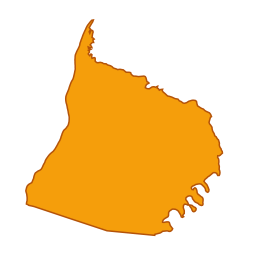 Matias Cardoso, Minas Gerais, Brazil, rotated 5°
{"feature_id": "56859067B84292172755302", "entity_name": "Matias Cardoso", "entity_type": "district", "adm_level": 2, "iso_a3": "BRA", "parent_name": "Brazil", "parent_adm1": "Minas Gerais", "projection": "mercator", "projection_center": [-43.736, -14.838], "detail": "fine", "context": "isolated", "style": "filled", "palette": "amber", "viewbox_px": 256, "rotation_deg": 5, "n_neighbors": 0, "source": "geoboundaries", "source_scale": "gbopen_adm2", "svg_char_len": 5199}
<svg xmlns="http://www.w3.org/2000/svg" viewBox="0 0 256 256"><g transform="rotate(5 128 128)"><path d="M145.0,81.4L144.2,80.7L142.8,80.1L141.5,76.4L140.7,75.3L139.4,74.9L133.9,75.9L131.5,75.7L128.9,75.8L127.5,75.0L126.4,74.0L125.8,72.6L124.3,72.4L121.3,72.6L120.1,71.8L118.3,70.5L114.8,70.2L112.6,70.7L111.2,70.2L108.2,69.5L106.8,68.3L105.1,67.5L103.6,67.2L102.0,66.9L100.8,66.0L98.1,66.0L96.7,65.3L94.6,65.0L92.4,65.6L91.0,65.5L89.5,64.3L89.2,61.2L88.2,60.8L86.1,61.7L85.6,60.1L85.7,58.1L84.7,57.5L83.6,59.3L82.7,58.5L81.9,57.7L82.9,55.8L82.8,54.7L81.8,54.0L84.0,53.0L81.7,52.1L81.3,50.7L83.1,51.3L85.1,51.2L84.4,49.8L83.0,48.5L84.2,46.8L85.1,45.9L86.3,45.8L85.3,43.4L86.6,42.4L85.5,41.5L84.3,41.0L84.5,37.3L84.9,35.4L84.3,34.1L83.0,33.7L82.2,35.2L81.7,37.0L80.9,35.5L82.1,32.9L80.6,31.4L81.4,29.8L82.3,27.8L83.6,25.3L84.1,23.4L82.5,23.8L81.3,25.3L80.2,27.0L79.3,28.4L78.7,29.3L78.3,30.3L77.8,31.4L77.4,32.6L77.0,33.8L76.5,35.0L76.1,36.2L75.7,37.4L75.3,38.5L74.8,40.2L74.4,41.8L74.1,42.9L73.7,44.1L73.4,45.5L73.1,46.6L72.8,47.8L72.7,49.1L72.5,50.5L71.9,52.1L71.4,53.5L70.8,54.9L70.2,56.4L69.7,58.1L69.2,59.6L69.1,61.1L69.2,63.0L69.2,64.8L69.4,66.1L69.5,67.3L69.7,68.9L70.0,70.6L70.1,72.2L70.3,73.4L70.3,74.8L70.1,75.9L70.0,77.2L69.8,78.9L69.6,80.2L69.4,81.6L69.1,83.2L68.7,84.5L67.9,86.1L67.3,87.6L66.8,89.3L66.3,91.2L65.9,92.8L65.7,94.0L65.4,95.1L64.9,96.7L64.3,98.5L63.8,100.2L63.4,102.0L63.4,104.3L63.7,106.4L64.2,108.3L64.9,110.0L65.5,112.0L65.9,113.6L66.4,115.0L66.9,116.7L67.3,118.4L67.7,119.7L68.1,120.8L68.5,122.3L68.7,125.4L68.7,127.1L68.5,128.2L68.3,129.7L67.8,131.2L67.1,132.2L66.5,133.3L65.8,134.3L64.8,135.2L64.0,136.4L63.5,137.6L62.9,139.4L62.6,141.0L62.2,142.1L62.0,143.5L61.6,145.0L61.2,146.2L60.8,147.2L60.2,148.3L59.7,149.5L59.2,150.8L58.6,152.1L58.0,153.4L57.2,155.1L56.4,156.4L55.8,157.4L55.1,158.2L53.9,159.3L52.7,160.6L51.9,161.6L51.0,163.0L50.1,164.5L49.2,166.1L48.5,167.7L48.2,169.1L47.8,170.2L47.2,171.4L46.7,172.7L46.3,174.0L45.7,175.5L45.0,176.8L43.8,177.8L42.7,178.4L41.6,179.1L40.6,180.1L39.7,180.8L39.2,181.9L38.8,183.3L38.5,184.8L38.3,186.6L37.8,188.0L37.4,189.4L36.9,190.8L35.3,191.9L33.9,192.9L33.2,193.8L32.6,194.7L32.1,196.5L31.9,198.0L31.7,199.2L31.9,200.3L32.4,201.5L32.9,202.8L33.3,204.7L33.6,206.2L33.7,207.4L33.8,209.2L33.5,210.7L33.4,212.6L34.9,213.1L35.9,213.7L39.9,214.2L41.6,214.5L79.6,223.6L109.7,230.7L116.0,232.2L139.9,232.4L150.2,232.5L151.6,232.5L164.0,232.6L164.0,231.6L169.1,229.8L170.6,228.8L171.4,227.9L172.5,227.7L174.1,227.4L175.6,227.1L176.6,227.1L177.8,227.4L178.9,227.3L179.8,226.8L180.8,225.7L181.3,224.4L179.9,222.9L178.6,221.4L177.9,219.8L177.4,218.5L176.3,218.0L175.0,218.1L173.7,218.4L172.1,218.9L170.7,218.9L170.6,217.7L171.3,216.3L172.2,215.3L173.1,214.6L174.4,213.7L175.6,212.8L176.0,211.5L175.9,210.0L175.9,208.4L176.7,207.0L178.1,205.9L179.1,205.0L180.8,204.8L182.6,204.9L184.1,205.6L185.4,206.4L186.4,207.8L187.3,209.0L188.2,210.4L188.8,211.9L190.0,212.3L191.2,211.5L190.1,210.4L190.8,209.1L191.5,208.3L191.4,207.1L191.3,205.6L190.7,204.2L190.0,202.5L190.0,200.4L190.9,199.0L192.2,198.9L193.3,199.2L194.4,199.6L195.6,199.4L194.6,198.2L193.9,196.7L192.9,195.5L191.8,194.3L191.8,192.5L192.6,191.6L193.7,190.7L195.3,190.2L196.6,190.3L198.0,191.3L198.5,192.9L199.6,194.1L200.7,195.4L201.8,196.1L203.3,196.6L204.5,197.1L205.6,198.1L206.7,198.5L207.8,198.8L209.0,198.4L209.4,197.2L209.0,195.7L209.1,194.1L209.0,192.2L208.2,190.7L206.8,190.0L205.0,188.7L203.5,187.8L202.5,186.4L202.2,184.8L201.7,183.5L201.0,182.3L199.9,181.7L198.8,182.6L198.5,183.7L197.2,183.7L196.5,182.8L196.3,181.6L197.3,180.3L198.5,179.7L199.4,179.1L200.6,178.3L202.4,177.8L203.9,177.4L205.6,177.5L207.1,178.5L208.5,179.7L209.4,180.5L210.4,181.9L210.7,183.4L211.6,184.6L213.1,185.1L213.9,184.2L214.1,182.6L213.3,180.8L212.4,179.1L211.4,177.4L209.8,176.1L208.3,174.5L209.1,172.6L210.2,171.5L211.2,170.5L212.0,169.5L213.2,168.7L214.4,167.5L215.4,166.5L216.3,165.5L217.2,165.0L218.8,164.9L220.4,165.5L220.9,166.6L221.6,167.5L223.0,167.3L223.4,166.2L223.5,164.5L223.1,162.7L222.4,161.2L222.4,159.8L222.3,158.1L221.7,156.7L221.4,155.6L221.5,154.3L221.4,152.9L221.0,151.1L219.8,149.4L219.8,147.8L221.2,147.8L222.3,147.0L223.3,145.8L224.3,144.8L223.9,143.1L222.9,141.8L222.5,140.6L221.6,139.6L220.8,138.2L220.4,136.8L220.4,135.2L219.7,133.3L219.1,131.9L218.1,131.2L217.4,130.3L216.6,129.1L215.1,128.2L214.5,126.5L213.7,125.2L212.7,123.9L212.1,122.3L211.8,121.2L211.6,119.9L210.1,118.0L208.8,116.7L208.2,115.2L209.2,110.2L210.2,109.4L209.1,107.2L207.8,105.8L204.4,104.6L203.0,103.9L201.5,102.6L200.0,102.2L198.6,101.6L195.4,99.9L194.6,98.0L193.9,95.5L192.7,94.7L190.7,94.6L189.4,94.8L186.3,96.0L184.1,97.7L181.9,98.5L180.7,98.3L178.3,96.9L176.8,96.5L175.3,94.9L172.2,94.6L169.0,93.4L166.2,92.8L164.7,92.7L161.8,90.4L159.8,89.0L158.8,87.7L159.1,86.4L157.2,86.8L155.9,87.6L155.1,86.4L153.7,85.8L153.9,83.8L151.8,85.0L150.3,84.6L148.4,85.0L145.7,87.1L143.5,87.1L141.7,86.3L142.0,84.6L142.7,83.0L143.9,82.2L145.0,81.4ZM195.6,199.4L196.8,201.0L197.9,202.2L198.5,203.2L199.0,204.3L199.8,205.4L200.9,205.7L202.1,205.0L202.9,203.7L202.9,202.4L202.1,201.4L200.7,200.9L199.7,200.4L198.5,199.5L196.8,199.3L195.6,199.4Z" fill="#f59e0b" stroke="#b45309" stroke-width="1.5"/></g></svg>